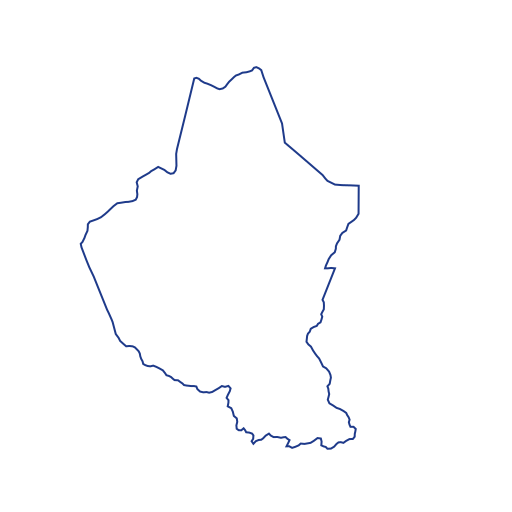 outline of Cândido Sales, Bahia, Brazil, rotated 25°
{"feature_id": "56859067B27975744543815", "entity_name": "Cândido Sales", "entity_type": "district", "adm_level": 2, "iso_a3": "BRA", "parent_name": "Brazil", "parent_adm1": "Bahia", "projection": "orthographic", "projection_center": [-41.231, -15.332], "detail": "fine", "context": "isolated", "style": "outline", "palette": "blue", "viewbox_px": 512, "rotation_deg": 25, "n_neighbors": 0, "source": "geoboundaries", "source_scale": "gbopen_adm2", "svg_char_len": 3526}
<svg xmlns="http://www.w3.org/2000/svg" viewBox="0 0 512 512"><g transform="rotate(25 256 256)"><path d="M187.3,90.8L182.2,85.3L179.4,84.7L176.5,84.7L174.6,86.3L174.0,89.5L172.3,91.3L169.7,93.5L166.2,95.6L163.7,98.8L161.6,100.8L160.5,103.0L159.3,106.2L158.0,109.4L157.3,112.4L156.7,115.5L155.1,118.2L152.5,120.2L150.1,120.5L146.7,120.3L143.0,120.2L138.9,120.4L136.0,120.8L132.0,120.4L129.3,119.5L126.7,119.7L125.0,121.2L132.7,159.5L139.2,192.5L140.5,197.2L145.8,207.9L147.0,212.4L146.3,215.8L143.8,217.6L140.2,217.6L136.6,216.7L129.7,216.6L127.2,220.5L125.1,223.4L124.1,225.7L121.8,229.0L119.9,231.6L116.8,236.2L116.7,239.6L119.4,242.9L120.4,247.1L122.4,250.2L123.3,252.9L123.2,255.8L120.9,258.4L117.4,260.9L114.9,262.2L111.1,264.8L108.0,266.8L105.8,271.0L104.1,275.3L102.8,278.7L101.4,281.9L99.1,286.4L96.5,289.6L94.0,292.1L90.9,295.1L90.2,298.3L91.4,301.0L92.6,304.4L92.6,309.1L92.9,312.1L92.8,316.7L92.0,319.0L94.2,321.9L104.0,331.4L109.6,336.6L117.6,343.2L128.6,353.5L137.4,361.7L143.6,367.5L146.7,370.0L152.0,374.6L154.0,376.5L161.9,386.0L166.0,388.2L168.8,390.4L173.0,391.7L176.5,392.7L179.2,391.1L182.4,390.0L184.9,390.0L187.6,391.0L189.9,391.9L191.9,393.5L193.6,395.9L195.5,397.8L197.7,399.4L199.4,401.5L201.7,401.7L204.2,401.5L206.8,400.7L209.2,398.8L212.6,398.6L216.0,398.7L219.9,399.0L223.1,400.6L225.2,401.9L227.9,401.5L230.2,401.6L232.3,402.3L234.6,402.9L237.9,401.6L240.7,402.2L243.2,402.6L245.3,403.4L248.0,402.7L250.0,402.0L252.2,401.3L254.7,400.1L257.1,399.5L259.1,401.4L262.6,402.5L265.9,401.8L268.7,400.2L271.3,399.7L273.8,397.7L275.7,394.9L278.1,391.5L280.0,388.3L283.2,387.7L285.9,385.4L288.9,386.7L289.4,389.6L289.2,393.8L289.3,397.0L292.0,398.3L293.0,400.6L293.9,404.2L297.9,404.4L300.8,406.9L303.5,410.3L307.2,411.3L309.1,414.2L309.8,417.8L311.5,420.7L313.9,421.2L316.3,420.2L317.6,417.4L319.8,418.5L321.6,419.9L324.5,418.9L327.5,418.6L329.5,419.7L330.7,422.9L330.3,425.7L333.0,427.3L334.1,423.9L336.2,421.6L338.4,420.3L339.5,418.3L340.7,414.7L342.8,411.5L345.3,412.5L348.4,412.7L351.9,411.0L355.5,410.2L357.3,408.8L359.3,407.6L361.8,408.4L364.2,408.7L364.2,412.2L364.1,415.6L366.5,414.4L369.8,414.6L372.1,412.5L374.7,409.6L375.8,407.1L379.4,405.8L382.1,403.9L384.4,402.3L386.4,399.3L388.7,395.0L391.9,394.0L393.9,396.5L395.2,400.0L397.7,400.0L399.9,399.6L402.2,400.5L405.3,398.9L407.4,395.8L408.4,392.3L409.5,390.1L411.5,388.9L414.2,388.4L415.8,385.5L418.1,382.4L421.1,380.9L421.8,378.1L420.7,375.5L420.2,373.2L419.5,370.6L416.6,369.6L413.8,370.9L412.0,369.3L410.4,367.4L410.0,364.8L408.1,363.0L405.8,361.6L404.1,360.1L400.8,359.5L396.7,359.2L393.2,359.6L389.1,358.9L384.8,358.5L381.8,355.9L381.3,353.1L380.7,350.2L379.0,348.0L377.6,345.7L375.8,343.9L376.8,340.7L375.8,336.9L375.3,334.6L373.8,332.4L371.1,329.9L367.1,328.1L363.4,327.8L361.5,326.2L359.3,324.4L356.5,322.2L353.7,321.0L350.9,319.5L347.6,317.5L344.1,314.9L340.8,314.0L338.0,312.4L337.0,309.4L336.1,306.8L335.9,304.4L336.7,301.9L336.4,298.8L338.3,296.0L340.6,293.7L340.9,291.2L342.5,288.9L342.2,286.0L341.7,283.0L339.7,281.2L339.8,278.3L340.0,275.7L338.6,272.3L337.0,269.3L334.8,267.6L332.8,233.8L329.1,235.1L326.5,236.7L323.8,238.0L323.4,235.0L323.4,231.5L323.2,228.1L323.8,223.6L325.8,219.3L325.3,215.7L324.3,213.4L324.1,210.3L324.8,206.0L323.8,202.1L324.5,198.6L326.9,194.8L326.5,191.4L326.2,187.8L327.9,184.9L329.6,181.9L330.6,179.0L331.1,174.4L319.4,148.9L311.9,152.0L304.1,155.4L297.4,157.9L289.0,157.7L286.1,156.5L282.2,154.5L248.5,145.0L234.2,141.1L223.6,124.9L187.3,90.8Z" fill="none" stroke="#1e3a8a" stroke-width="2"/></g></svg>